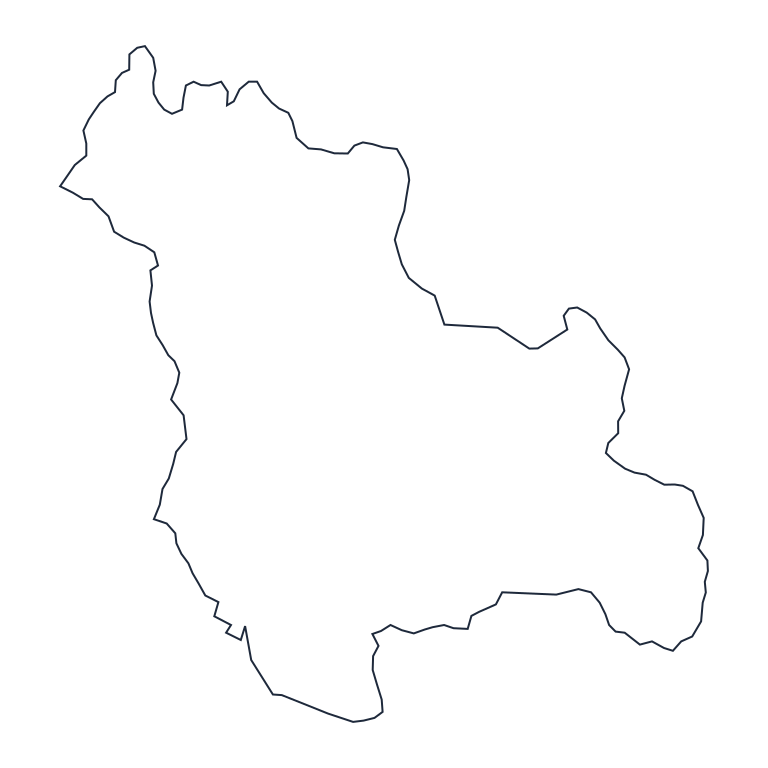 Canela, Rio Grande do Sul, Brazil
{"feature_id": "56859067B50689624337337", "entity_name": "Canela", "entity_type": "district", "adm_level": 2, "iso_a3": "BRA", "parent_name": "Brazil", "parent_adm1": "Rio Grande do Sul", "projection": "equal_earth", "projection_center": [-50.777, -29.344], "detail": "fine", "context": "isolated", "style": "outline", "palette": "slate", "viewbox_px": 768, "rotation_deg": 0, "n_neighbors": 0, "source": "geoboundaries", "source_scale": "gbopen_adm2", "svg_char_len": 2395}
<svg xmlns="http://www.w3.org/2000/svg" viewBox="0 0 768 768"><path d="M672.9,650.8L681.2,641.4L692.2,636.5L701.1,621.4L702.7,602.7L705.8,592.5L704.8,581.8L707.9,571.0L707.4,560.5L698.3,548.2L702.9,535.0L703.7,517.9L698.0,505.0L692.6,491.3L682.9,485.8L674.7,484.5L664.3,484.7L654.6,479.8L646.0,474.7L634.5,472.6L625.1,468.7L613.9,460.7L605.9,453.0L608.3,443.0L618.2,433.2L618.1,421.3L624.3,410.8L621.8,398.3L624.6,385.7L629.1,369.3L624.6,357.4L617.8,349.7L608.4,340.3L600.2,328.4L595.1,319.4L586.7,312.6L577.2,307.5L568.9,308.6L563.7,315.8L567.3,329.5L537.8,348.4L529.3,348.6L497.7,327.7L444.4,324.6L434.7,295.6L421.9,288.6L408.8,277.9L401.8,264.3L398.1,251.9L394.8,239.8L398.9,225.5L404.2,210.8L406.3,197.2L409.2,180.1L407.6,169.2L403.6,160.5L396.9,149.0L383.0,147.3L372.4,144.1L362.9,142.4L354.4,145.6L347.8,153.5L334.3,153.3L321.0,149.4L308.4,148.4L296.6,137.9L292.4,121.1L288.3,112.8L279.0,108.5L271.8,102.6L263.7,93.2L257.1,81.7L248.7,81.7L239.6,89.3L233.8,101.3L227.0,105.3L227.8,91.7L221.2,81.7L209.2,85.5L201.1,85.1L193.6,81.7L185.9,85.5L183.5,97.7L182.1,109.6L172.0,113.8L164.2,109.6L158.5,102.6L153.8,93.8L153.2,82.3L155.6,70.8L153.2,57.8L144.9,46.1L137.2,47.8L129.4,54.4L129.2,69.7L122.0,72.9L115.8,80.2L115.0,92.1L107.5,96.4L99.9,103.2L93.8,111.9L88.8,119.4L83.4,130.5L86.3,143.5L86.3,155.6L74.8,165.0L67.5,175.6L60.1,186.3L72.9,192.7L83.1,198.9L92.1,199.3L99.4,207.4L108.5,216.3L114.1,231.7L123.7,237.6L134.2,242.5L144.4,245.7L154.3,252.3L158.0,265.5L150.4,270.4L152.0,285.6L149.6,301.5L151.0,313.0L153.1,322.8L156.4,335.4L162.7,345.2L168.3,355.2L174.5,361.2L179.3,372.7L177.4,383.1L171.1,399.5L183.6,415.3L186.5,439.1L176.1,451.9L173.2,463.9L168.8,478.5L162.5,489.0L159.8,504.7L153.9,519.2L166.7,523.5L175.3,533.3L176.4,543.3L181.4,553.9L188.4,563.3L192.6,573.3L198.6,583.5L205.3,595.5L218.4,602.1L214.3,616.3L231.0,625.0L226.1,632.7L240.8,640.0L245.1,626.1L251.2,660.0L272.9,694.5L281.8,695.1L328.1,713.6L353.1,721.9L363.6,720.6L374.5,717.9L382.6,711.9L381.7,699.6L376.9,684.2L372.7,670.0L373.1,656.1L378.5,645.9L372.4,634.0L381.0,631.0L390.5,625.0L401.8,630.2L413.8,633.4L424.8,629.5L432.6,627.2L444.1,625.0L453.5,628.2L467.7,628.9L471.4,615.9L479.2,611.8L495.9,604.4L502.2,592.3L556.3,594.6L578.4,589.1L591.0,592.3L599.7,602.7L605.4,614.2L609.1,625.0L615.6,631.6L624.7,632.7L639.9,644.6L652.0,641.4L664.0,648.0L672.9,650.8Z" fill="none" stroke="#1e293b" stroke-width="2"/></svg>